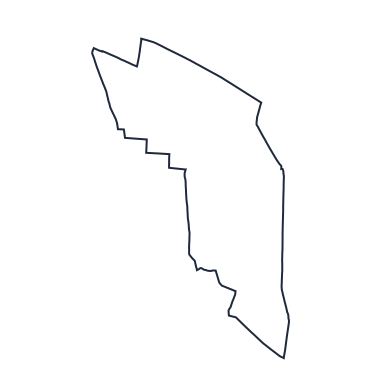 outline of Valea Lupului, Iasi, Romania, rotated 197°
{"feature_id": "2599482B28860015951004", "entity_name": "Valea Lupului", "entity_type": "district", "adm_level": 2, "iso_a3": "ROU", "parent_name": "Romania", "parent_adm1": "Iasi", "projection": "robinson", "projection_center": [27.498, 47.198], "detail": "fine", "context": "isolated", "style": "outline", "palette": "slate", "viewbox_px": 384, "rotation_deg": 197, "n_neighbors": 0, "source": "geoboundaries", "source_scale": "gbopen_adm2", "svg_char_len": 4018}
<svg xmlns="http://www.w3.org/2000/svg" viewBox="0 0 384 384"><g transform="rotate(197 192 192)"><path d="M55.7,60.0L55.8,60.4L56.5,65.9L56.7,67.8L59.1,81.9L60.4,90.6L61.3,96.3L61.5,96.9L62.0,98.0L63.0,99.8L63.5,101.4L63.8,102.1L64.2,102.9L64.8,103.8L65.8,104.9L68.0,108.8L69.8,111.8L71.2,114.0L73.1,117.3L75.3,120.9L76.2,122.6L77.2,124.2L77.6,125.0L78.8,128.1L79.6,131.4L79.9,132.4L80.2,133.4L81.1,136.9L81.9,139.9L82.7,143.3L83.6,146.1L84.6,149.4L85.9,153.3L86.6,155.8L88.1,161.1L88.8,164.0L91.4,172.7L93.1,178.3L95.9,188.2L99.0,199.5L100.8,205.6L102.3,210.9L103.4,214.8L105.4,222.1L106.5,225.8L107.0,227.6L107.5,229.4L108.4,232.7L108.5,233.1L108.9,234.4L109.2,234.9L109.9,236.3L110.3,237.5L110.9,238.9L111.4,239.6L111.7,239.9L112.1,240.5L112.5,240.4L112.9,240.4L113.4,240.1L113.6,240.9L113.8,241.7L114.1,242.8L114.5,243.2L116.6,244.4L118.3,245.8L120.1,247.2L122.8,249.6L124.0,250.7L127.0,253.4L130.9,257.0L131.4,257.5L132.3,258.3L134.7,260.6L136.1,262.0L138.1,263.9L140.9,266.5L142.7,268.3L145.8,271.3L148.1,273.7L148.4,274.0L149.0,274.4L149.4,274.7L149.6,274.9L149.9,275.2L150.1,275.7L150.5,277.1L150.9,278.7L150.9,279.2L151.1,279.9L151.3,281.4L151.6,282.4L151.7,287.1L151.7,287.8L151.8,289.2L151.8,290.5L152.0,295.7L151.9,297.3L151.9,297.7L156.9,299.1L165.6,301.4L176.1,304.3L182.0,305.9L185.9,307.0L193.1,308.9L195.6,309.6L197.3,310.1L199.0,310.4L202.1,311.1L204.6,311.6L207.1,312.1L210.0,312.7L213.0,313.3L221.5,315.1L226.6,316.1L228.1,316.5L229.2,316.7L230.5,316.9L231.5,317.2L233.5,317.5L237.7,318.3L243.7,319.3L248.4,320.1L253.0,320.8L257.8,321.6L262.7,322.5L267.4,323.3L269.9,323.7L271.1,323.8L272.3,324.0L273.9,324.0L275.6,324.0L278.4,324.0L282.0,323.9L283.2,323.8L284.2,323.8L285.4,323.8L285.3,323.4L285.1,322.9L284.9,322.3L284.7,321.3L284.5,319.6L284.0,316.7L283.8,315.5L283.7,314.7L283.1,311.3L282.9,310.0L282.4,306.5L282.0,303.4L281.9,301.7L281.8,301.2L281.6,298.9L281.5,298.0L281.4,296.3L281.4,295.9L283.0,296.1L284.8,296.3L286.1,296.4L289.3,296.9L291.4,297.2L293.4,297.4L295.2,297.7L296.4,297.8L299.5,298.1L299.9,298.3L302.1,298.7L305.5,299.1L309.3,299.5L312.1,299.8L313.9,300.1L315.3,300.2L318.5,300.5L319.0,300.5L319.1,300.0L319.5,300.1L322.2,300.1L327.9,300.9L328.0,300.9L328.3,298.2L328.3,296.7L328.0,295.5L327.1,294.2L325.3,291.9L324.5,290.8L323.9,290.0L323.3,289.0L322.1,287.3L321.8,286.9L320.4,284.9L318.4,282.2L316.6,279.9L316.0,279.1L314.5,277.0L313.5,275.8L312.1,274.0L310.1,271.5L309.0,270.0L307.8,268.6L305.5,265.8L304.4,264.4L303.2,262.8L299.8,256.9L298.5,254.7L297.9,253.7L296.9,252.5L296.2,251.2L295.8,250.5L294.7,248.7L293.6,247.5L292.1,245.8L289.6,243.1L286.1,239.3L285.1,237.8L283.9,236.1L283.2,234.8L283.2,234.6L282.2,232.6L281.2,230.4L275.8,231.8L275.5,231.9L275.4,231.9L271.9,224.2L270.5,224.5L250.6,229.0L248.2,219.9L247.3,216.1L243.9,216.9L235.5,219.0L224.7,221.6L224.3,219.9L223.9,218.2L222.3,212.9L221.7,210.6L221.0,208.5L220.9,208.4L220.7,208.5L204.9,211.6L204.7,211.7L204.6,210.8L204.6,209.7L204.6,208.4L204.5,207.7L204.3,206.8L203.6,204.8L203.2,203.9L202.1,202.3L200.9,199.4L199.7,195.7L198.5,192.6L197.8,190.5L195.1,183.1L194.1,180.8L192.2,176.6L191.1,173.4L189.2,168.2L188.4,165.9L187.0,163.0L185.8,160.3L185.3,159.0L184.6,157.0L183.8,155.1L182.5,152.5L182.0,150.9L181.4,148.6L180.9,146.7L180.4,145.2L180.1,144.0L179.9,143.0L178.7,138.5L177.9,136.1L176.9,132.6L176.5,131.7L176.0,131.2L173.6,129.5L172.5,128.8L170.5,127.7L169.7,127.3L169.1,126.8L168.8,126.3L168.1,125.0L166.7,122.5L166.5,122.0L166.2,121.6L165.3,120.4L164.4,118.7L163.4,119.7L162.8,120.3L162.0,121.4L161.8,121.5L161.4,121.8L161.1,121.9L160.1,121.8L159.2,121.6L158.4,121.3L157.8,121.2L157.3,121.2L156.0,121.4L154.1,121.3L152.3,121.6L150.9,122.0L149.0,123.1L146.4,123.8L139.4,113.3L136.1,111.2L121.4,109.9L121.4,109.1L121.0,108.2L120.8,107.0L120.7,106.2L120.9,104.9L121.0,102.9L121.1,101.2L121.3,99.9L121.5,92.9L121.9,91.8L122.2,90.7L122.4,89.3L120.6,84.6L113.4,85.0L105.2,80.7L94.5,75.3L91.2,73.8L87.2,71.8L79.9,68.2L70.6,64.6L60.1,60.7L55.7,60.0Z" fill="none" stroke="#1e293b" stroke-width="2"/></g></svg>